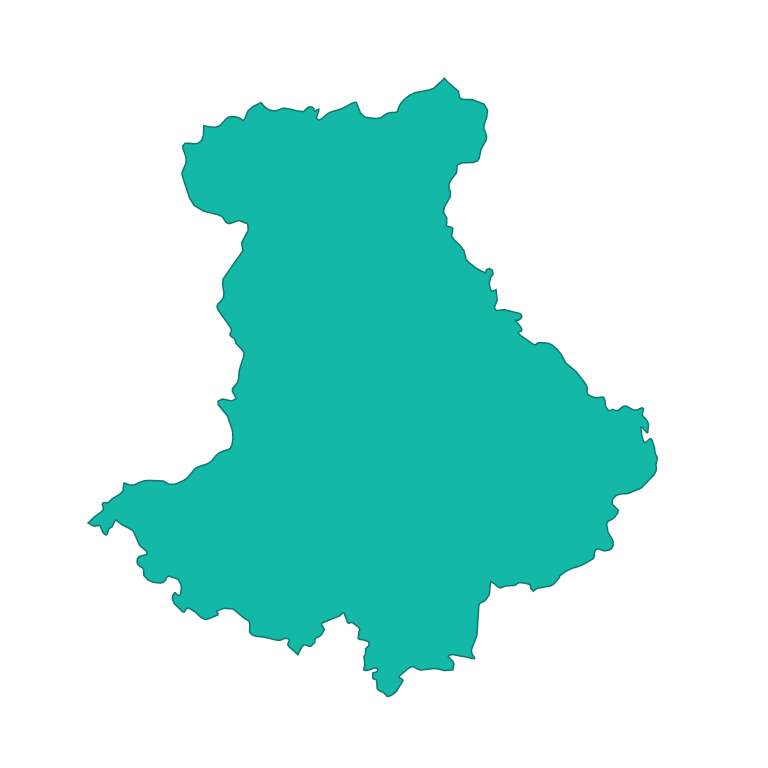 the Region of Bryansk, rotated 96°
{"feature_id": "RUS-2342", "entity_name": "Bryansk", "entity_type": "Region", "adm_level": 1, "iso_a3": "RUS", "parent_name": "Russia", "parent_adm1": "", "projection": "orthographic", "projection_center": [33.801, 52.93], "detail": "fine", "context": "isolated", "style": "filled", "palette": "teal", "viewbox_px": 768, "rotation_deg": 96, "n_neighbors": 0, "source": "natural_earth", "source_scale": "10m", "svg_char_len": 6157}
<svg xmlns="http://www.w3.org/2000/svg" viewBox="0 0 768 768"><g transform="rotate(96 384 384)"><path d="M296.3,282.3L299.3,280.1L297.5,272.1L299.8,255.7L302.6,253.9L305.0,255.1L306.6,257.1L307.0,260.0L312.9,254.1L314.8,252.9L316.2,252.6L317.0,253.0L318.1,255.0L319.3,255.8L320.9,254.2L328.7,240.2L329.2,237.4L327.1,235.5L326.7,233.8L326.2,228.2L326.4,224.2L327.6,221.1L331.4,215.5L336.3,210.7L344.2,205.3L351.7,194.1L362.8,183.5L366.7,181.5L371.5,181.2L373.1,180.1L374.8,176.0L375.5,172.8L375.4,170.9L374.1,165.3L374.4,164.0L377.6,162.4L382.5,161.6L386.1,158.9L386.9,157.5L386.1,154.7L385.3,154.0L386.2,150.6L386.0,148.6L381.8,144.5L380.7,142.3L380.8,140.2L383.2,134.8L383.8,132.4L383.4,129.7L380.7,125.1L381.0,123.9L381.7,123.3L386.9,123.9L388.7,123.4L392.4,119.0L396.1,116.7L404.8,116.6L405.1,117.1L404.7,117.8L400.1,122.9L400.0,123.7L400.6,124.1L409.1,122.0L414.9,119.5L415.2,118.9L414.4,117.1L410.6,113.8L410.5,112.6L412.0,111.5L418.9,108.4L424.8,107.0L428.9,104.3L435.7,105.1L440.0,104.2L442.0,104.4L445.9,105.8L460.5,117.2L467.0,129.0L467.7,130.8L468.4,136.3L469.5,139.5L471.5,142.4L474.5,144.4L475.7,144.8L479.5,144.5L485.3,137.6L488.5,138.4L492.0,140.5L494.6,142.9L496.8,146.4L498.1,147.5L500.7,147.8L508.0,145.7L514.9,140.6L517.3,139.6L521.0,139.3L524.3,140.7L525.4,142.3L526.8,146.7L526.9,148.1L525.7,153.5L526.0,155.4L528.1,156.9L534.1,157.0L535.8,157.8L537.0,159.2L542.0,166.1L545.1,171.5L547.7,177.7L551.3,183.6L556.6,189.3L557.7,189.2L564.5,193.6L567.2,196.7L571.2,210.4L574.5,213.9L571.8,216.9L568.4,217.4L567.4,222.4L567.3,227.7L567.8,229.4L570.6,232.9L572.2,242.0L574.7,246.9L573.5,250.2L571.0,253.4L569.4,257.4L581.8,257.2L583.4,257.6L588.8,260.8L592.5,266.2L595.6,266.5L624.6,265.3L638.4,269.1L640.3,269.1L643.6,268.1L646.6,265.3L647.7,265.3L647.8,268.1L646.9,272.7L646.7,278.8L645.8,287.3L647.1,291.1L648.3,291.6L652.7,286.5L655.3,285.2L661.2,285.7L662.7,294.2L661.6,301.6L661.9,305.4L664.6,317.2L664.2,320.3L661.9,325.7L662.8,327.7L664.6,330.4L672.5,337.9L674.1,338.5L675.7,334.9L677.1,334.2L688.2,339.4L692.6,343.7L694.1,346.5L694.4,348.1L691.0,352.0L689.4,357.0L687.8,358.9L679.8,360.3L679.0,360.8L678.1,364.3L672.6,365.0L672.1,364.4L671.4,361.8L670.4,360.6L668.7,360.4L667.3,361.3L667.5,364.2L669.6,368.1L670.9,372.2L670.7,373.9L670.1,374.5L665.4,373.6L657.0,375.5L654.8,374.2L649.1,374.6L645.9,371.8L642.4,371.8L641.9,372.5L640.6,377.7L640.6,381.6L639.8,383.1L632.7,383.1L631.0,382.4L629.8,382.8L628.3,384.1L624.8,390.0L624.6,392.0L625.7,393.7L625.2,395.2L616.1,399.7L616.1,401.2L619.1,403.7L628.2,420.7L630.4,420.7L633.1,418.3L634.7,417.8L639.7,419.9L641.7,421.7L644.1,425.8L648.2,425.9L652.1,428.9L652.7,429.8L652.6,431.2L651.8,434.5L651.8,436.4L653.9,438.2L662.2,441.3L655.3,450.9L654.0,452.1L652.8,452.5L648.5,451.3L647.2,452.6L647.4,456.3L649.6,460.1L650.1,462.8L648.3,476.7L648.3,484.6L647.3,489.1L644.7,491.8L636.5,492.4L633.8,493.6L631.6,498.5L624.2,509.5L623.4,511.4L623.8,516.4L623.6,518.5L624.4,521.4L627.4,526.5L628.0,526.7L629.6,525.1L631.1,525.1L636.1,534.5L636.8,537.2L635.5,541.5L630.6,547.5L627.5,554.2L627.4,556.0L627.9,557.0L631.9,558.9L631.7,560.3L624.2,569.8L619.8,572.1L615.8,571.8L613.5,570.4L613.4,569.5L615.5,567.5L615.8,566.5L615.4,564.9L614.0,564.2L605.8,564.4L600.2,567.9L599.7,568.7L597.5,577.6L598.6,579.5L602.3,581.0L604.2,582.6L605.3,585.3L605.4,590.1L605.2,593.4L603.5,598.3L599.6,602.8L593.9,603.6L592.1,605.0L591.0,607.5L588.9,610.2L586.6,611.0L583.4,610.9L581.1,609.4L578.5,602.8L576.7,601.7L574.8,603.2L570.3,610.0L556.6,617.9L554.9,620.8L551.2,630.2L547.3,636.5L548.5,637.5L554.3,639.4L556.8,642.6L561.9,643.5L563.2,644.5L562.8,646.0L561.2,648.0L554.7,651.5L554.4,653.2L555.7,656.4L555.0,659.7L553.1,663.8L546.2,657.9L541.0,652.0L538.2,650.1L536.3,650.2L533.4,651.6L531.5,650.9L530.6,645.6L526.6,642.3L520.8,634.8L517.6,632.4L509.8,632.4L509.9,630.2L511.1,626.4L510.5,622.0L507.3,616.7L505.3,612.3L504.4,607.4L503.5,593.3L506.1,587.6L505.7,582.3L504.8,579.9L500.6,572.8L498.0,569.9L488.0,563.2L485.9,560.4L482.0,551.7L479.1,547.7L472.6,543.5L469.5,540.5L467.1,536.1L465.8,532.6L464.1,530.2L460.2,528.8L453.2,528.6L446.1,529.9L432.4,536.2L421.8,546.8L418.4,547.2L415.8,543.2L416.8,533.6L413.9,529.3L407.2,534.0L404.4,534.2L397.7,529.9L395.1,529.3L385.0,529.3L369.9,526.2L367.8,526.6L365.2,528.4L359.2,535.3L354.7,537.3L352.8,540.8L351.6,542.1L350.2,542.4L346.8,541.2L343.9,542.5L327.7,556.7L324.9,558.2L322.1,557.8L317.5,554.0L314.9,552.7L310.4,552.7L301.1,555.0L296.4,555.0L266.1,538.2L258.6,540.4L245.3,535.1L239.0,536.3L236.6,545.0L237.4,547.7L240.2,553.1L240.7,555.3L239.8,558.1L234.5,562.3L233.0,566.7L230.8,582.0L226.1,591.7L219.0,597.0L197.3,606.7L194.4,606.9L185.1,604.1L179.4,604.5L171.0,608.5L168.3,609.0L165.5,607.1L164.9,603.2L165.0,598.5L164.3,594.3L160.7,590.8L155.6,589.6L146.0,590.2L146.6,582.7L146.1,577.7L144.1,574.1L136.4,568.4L135.0,566.8L134.0,564.1L133.7,560.6L134.2,556.9L135.3,553.7L137.0,551.6L134.6,550.1L126.6,547.9L121.4,542.8L117.0,535.8L121.0,531.5L122.7,528.5L123.7,525.1L123.8,520.5L120.1,512.7L120.4,506.2L121.5,498.7L121.5,492.4L118.1,489.8L116.3,487.3L116.0,484.8L117.2,482.8L120.0,481.7L117.5,477.6L119.9,477.5L125.4,479.0L127.5,478.5L128.3,476.0L126.3,473.3L120.9,468.2L118.9,465.1L114.7,454.7L108.1,445.2L106.6,441.2L117.1,435.6L120.7,430.8L120.9,420.1L119.7,415.1L116.4,411.7L114.3,408.6L113.0,404.4L112.8,401.1L111.7,399.1L107.9,398.5L103.4,396.7L98.5,393.2L94.1,388.6L90.9,383.3L87.2,370.6L84.8,365.6L73.6,355.8L77.1,352.3L85.2,340.4L90.6,339.2L92.1,337.5L92.7,335.0L91.9,326.1L95.1,313.9L101.0,309.6L108.3,309.8L115.5,311.5L119.2,311.5L125.0,308.5L128.1,307.7L131.1,308.0L140.3,312.0L149.9,313.0L152.6,314.6L154.5,319.0L155.9,329.6L158.2,333.6L159.7,334.2L165.2,333.8L167.2,334.4L174.9,339.2L178.5,340.2L182.1,339.9L186.1,338.0L190.6,337.6L201.6,342.4L206.9,342.8L212.3,339.0L217.8,338.4L219.7,338.9L220.5,338.2L220.7,335.1L221.3,332.8L222.1,331.8L230.1,332.2L234.3,328.2L238.2,322.7L243.3,318.3L251.4,315.4L254.2,312.5L259.2,304.4L261.3,299.6L262.9,294.7L259.4,293.9L258.2,291.1L259.4,288.2L263.3,287.0L267.1,289.1L271.9,289.8L276.7,288.9L280.8,286.6L278.5,282.4L289.1,280.2L296.3,282.3Z" fill="#14b8a6" stroke="#0f766e" stroke-width="1.5"/></g></svg>